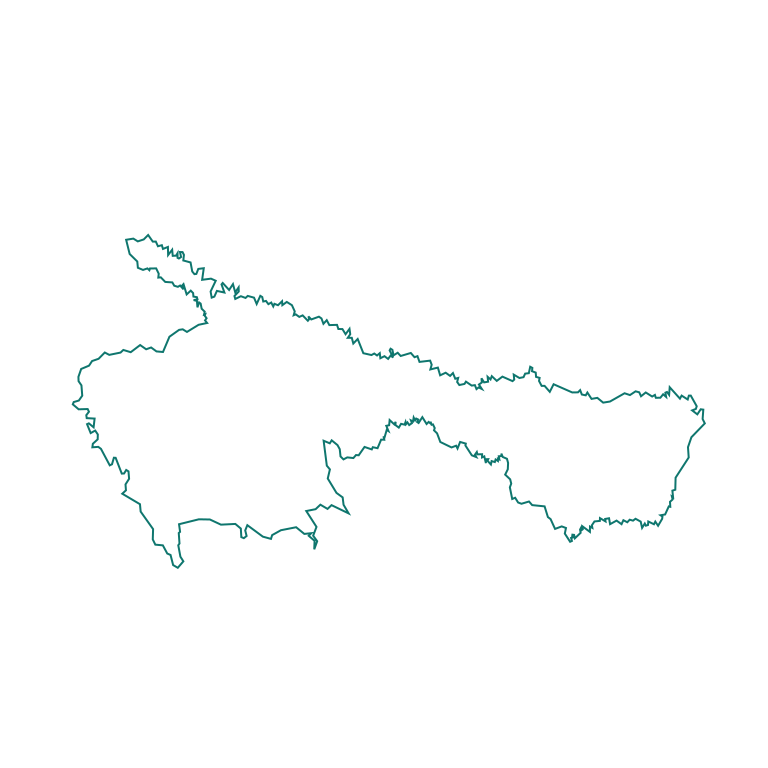 outline of San Luis De Palenque, Casanare, Colombia, rotated 350°
{"feature_id": "7082276B9336355262277", "entity_name": "San Luis De Palenque", "entity_type": "district", "adm_level": 2, "iso_a3": "COL", "parent_name": "Colombia", "parent_adm1": "Casanare", "projection": "equal_earth", "projection_center": [-71.555, 5.277], "detail": "fine", "context": "isolated", "style": "outline", "palette": "teal", "viewbox_px": 768, "rotation_deg": 350, "n_neighbors": 0, "source": "geoboundaries", "source_scale": "gbopen_adm2", "svg_char_len": 6138}
<svg xmlns="http://www.w3.org/2000/svg" viewBox="0 0 768 768"><g transform="rotate(350 384 384)"><path d="M85.8,332.8L84.8,343.1L80.6,347.3L75.3,347.9L74.0,350.0L78.9,355.9L87.8,357.2L88.6,360.1L85.4,363.0L85.3,366.0L93.0,367.8L90.5,376.2L86.5,371.5L84.6,372.0L86.6,381.4L91.5,379.7L93.4,384.0L92.4,388.8L86.9,392.3L85.8,395.7L91.7,396.3L94.0,398.7L99.8,416.5L102.2,415.8L105.2,409.7L106.9,410.1L110.2,426.7L112.5,427.0L115.2,423.9L117.2,425.7L116.5,433.1L112.0,438.0L111.4,443.9L107.2,446.6L122.8,460.0L122.2,467.4L131.4,486.8L129.3,496.9L130.9,502.5L138.2,504.5L141.1,513.3L144.1,515.3L144.9,525.7L149.0,529.2L155.6,523.8L153.5,518.7L153.4,507.1L154.9,505.6L156.0,495.1L157.5,494.2L157.8,486.5L178.2,485.1L189.0,487.2L199.0,494.2L213.3,496.0L217.9,501.5L216.9,510.0L219.2,511.5L222.3,509.8L221.9,504.1L224.9,499.3L238.2,513.3L245.8,516.9L247.6,513.4L257.1,510.1L272.6,509.8L279.5,517.8L286.5,518.3L283.5,520.4L288.4,526.4L286.6,534.7L290.9,527.2L287.9,521.1L292.7,513.0L285.4,495.6L294.9,495.4L300.4,491.8L306.7,497.2L311.3,494.2L326.7,505.3L323.2,495.9L323.6,488.5L318.3,483.0L312.2,467.3L315.9,458.7L313.5,454.5L314.7,429.4L320.3,433.0L322.7,430.4L327.6,436.1L329.1,440.5L328.6,447.8L331.0,451.2L335.1,449.9L341.0,451.6L344.1,449.1L346.7,449.8L353.9,442.6L360.6,446.3L362.0,444.3L366.5,446.1L371.5,438.3L374.6,438.9L374.4,435.4L374.9,437.4L378.7,429.7L380.2,431.1L379.0,425.6L381.9,425.5L383.3,420.5L387.1,425.5L388.9,423.3L388.1,426.4L391.0,429.5L393.9,426.2L397.2,427.6L398.6,425.2L398.7,427.4L400.4,425.9L401.7,428.8L404.7,427.4L404.2,424.5L406.1,425.9L407.4,422.2L408.3,425.2L409.7,423.6L411.5,424.9L410.0,427.1L411.3,428.4L416.0,423.3L419.0,430.8L421.4,429.1L422.9,430.9L423.3,429.2L423.8,432.4L425.2,432.3L426.3,436.2L425.2,438.3L427.7,441.8L429.4,450.9L439.5,458.2L444.3,457.3L445.2,460.3L448.9,454.3L454.2,456.9L453.5,458.7L458.1,469.5L462.2,472.0L461.3,469.4L463.6,467.1L463.8,469.5L468.4,470.2L467.8,473.3L470.2,472.7L470.6,479.6L471.4,475.8L473.6,476.1L472.6,477.6L475.3,481.8L476.6,478.6L479.6,480.1L480.8,477.7L482.8,479.6L483.2,477.3L484.5,478.3L484.5,475.1L487.2,475.4L487.5,472.9L488.3,476.5L492.1,479.0L492.5,483.3L491.1,489.5L487.6,494.3L491.7,499.8L492.0,504.2L490.0,507.6L490.3,519.5L493.4,518.8L495.5,524.0L498.6,525.8L506.4,524.9L508.9,529.0L520.9,532.4L522.3,543.5L524.6,546.0L527.3,556.4L534.3,555.1L538.2,557.4L536.1,562.7L539.9,571.7L541.8,571.2L541.5,568.1L544.1,567.9L542.8,567.0L543.4,565.1L545.0,565.6L545.2,569.1L551.8,564.7L551.8,561.4L553.3,559.5L553.5,562.1L554.5,561.6L554.7,558.6L561.1,565.4L562.1,560.2L564.2,561.9L564.2,559.2L567.4,555.9L572.8,556.3L573.4,553.6L578.3,557.8L578.4,555.3L582.3,555.3L582.3,561.3L589.3,558.9L593.6,563.3L596.1,559.7L599.6,562.4L602.4,560.3L605.5,561.8L608.3,560.4L612.9,564.1L613.2,570.5L616.6,566.7L617.3,569.0L619.5,568.7L620.4,565.3L625.5,569.0L627.3,566.6L629.3,571.2L634.5,565.1L635.2,562.9L633.6,561.3L638.2,561.3L643.2,554.0L644.6,554.6L645.2,549.7L648.2,547.8L648.0,544.8L649.0,545.8L649.5,539.1L652.5,538.7L654.9,526.9L671.3,509.3L672.4,499.0L677.5,489.8L693.1,478.5L691.7,473.8L694.0,464.7L691.5,463.9L687.3,468.3L682.9,463.5L686.8,462.7L688.1,460.2L684.1,448.7L682.2,448.4L680.4,452.0L675.1,447.1L672.9,449.8L664.8,436.8L662.9,444.2L661.3,441.0L659.6,441.4L659.6,445.7L657.1,442.6L653.8,445.5L649.3,444.8L648.9,441.8L645.9,442.9L640.3,437.8L635.0,440.7L633.9,436.5L630.5,434.9L624.3,437.6L619.3,434.9L603.5,440.5L596.6,440.4L591.7,434.7L585.8,434.7L582.8,427.7L580.7,430.2L577.0,428.7L576.1,424.1L573.6,425.9L567.9,425.0L551.0,413.7L545.9,420.5L541.8,413.7L538.9,413.2L537.2,407.9L538.3,405.0L535.0,403.4L535.4,399.1L532.0,397.1L532.9,393.9L531.0,392.4L528.5,398.5L524.8,398.3L522.6,401.5L518.4,401.6L513.4,397.3L513.0,402.3L511.1,403.5L501.9,397.3L495.6,400.5L491.5,395.0L489.7,398.0L487.3,394.9L486.9,399.8L482.9,399.8L481.0,395.3L480.6,399.5L477.4,401.0L479.5,405.9L476.6,403.8L474.2,405.1L473.3,400.9L470.1,400.8L465.1,395.9L463.3,397.9L458.0,398.1L456.4,394.7L458.1,390.9L455.1,391.2L453.8,385.2L450.5,387.5L446.7,383.6L440.8,385.2L439.9,377.2L432.2,377.7L434.3,373.3L433.5,369.0L422.8,368.4L421.8,362.4L418.7,362.9L415.8,358.1L405.3,359.3L402.9,355.6L398.4,357.4L398.2,351.8L396.6,350.4L395.4,351.9L397.6,359.5L395.4,357.2L392.4,360.0L389.3,356.7L384.9,358.0L385.2,352.9L382.1,354.7L379.7,352.3L376.7,353.3L369.0,350.1L365.9,335.1L360.8,338.8L360.3,332.9L356.4,332.2L359.4,329.1L359.6,323.7L354.8,328.3L352.6,322.7L348.6,321.9L348.0,317.6L340.4,316.5L338.7,311.2L334.8,314.2L333.8,308.6L331.6,306.4L323.6,307.8L321.3,304.3L321.6,307.1L320.0,308.5L315.8,302.3L312.2,303.2L309.2,300.1L307.0,300.6L308.7,297.0L307.0,290.4L302.5,286.3L297.6,288.7L298.0,284.8L293.3,288.0L290.0,286.0L288.4,288.4L287.1,284.2L284.0,285.3L282.2,281.7L279.4,281.8L279.2,277.2L277.5,275.7L272.5,283.1L271.0,276.4L265.1,273.6L262.6,275.2L258.3,272.7L252.3,274.4L252.0,271.4L257.0,267.7L257.6,263.6L253.4,267.9L252.6,259.4L247.8,264.5L242.7,256.5L241.3,257.7L242.7,266.2L235.6,263.3L232.1,268.5L229.3,269.0L229.3,262.8L236.2,253.1L231.9,250.2L223.0,249.8L226.6,238.7L221.1,238.4L218.3,243.0L216.4,242.9L214.7,239.9L214.6,230.7L207.8,227.5L209.4,222.1L208.5,219.1L206.0,218.6L206.2,223.7L203.8,224.8L202.6,223.9L203.4,219.3L201.5,221.5L198.2,221.1L198.7,215.0L193.8,219.5L195.0,211.5L189.8,212.6L189.3,208.7L185.3,209.1L184.0,204.1L181.0,203.6L177.6,196.3L172.5,199.9L166.3,200.8L162.4,197.3L155.1,197.2L156.1,211.8L162.3,220.5L161.8,226.8L166.5,229.8L171.1,229.1L172.7,231.2L173.6,229.6L179.7,230.6L181.3,236.3L180.2,240.0L182.7,240.2L186.3,245.5L193.2,247.2L194.5,250.8L197.9,252.5L200.3,251.6L203.0,256.0L201.9,252.3L203.9,250.8L205.2,261.5L209.9,258.5L211.8,261.3L211.5,264.8L214.8,266.0L215.0,268.2L211.1,268.3L214.2,269.7L213.6,276.1L216.1,271.6L217.4,273.0L217.5,278.2L220.0,281.7L218.8,284.4L220.1,284.2L219.3,285.6L220.7,288.4L218.8,290.3L220.4,293.2L211.7,293.5L199.0,298.5L195.3,295.2L191.6,295.1L180.9,300.2L171.9,314.1L165.6,312.4L161.0,307.6L155.8,308.5L150.6,303.3L140.1,308.7L133.2,305.2L130.0,307.3L118.5,307.6L114.5,304.5L107.3,309.6L100.5,310.7L96.7,314.7L88.4,316.6L84.3,323.9L83.7,328.2L85.8,332.8Z" fill="none" stroke="#0f766e" stroke-width="2"/></g></svg>